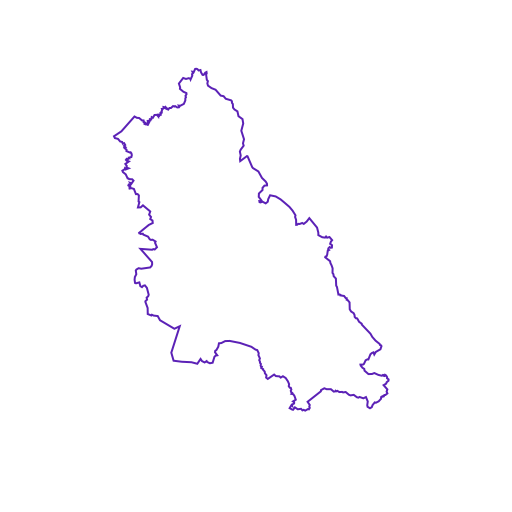 Nochistlán de Mejía, Zacatecas, Mexico (Albers equal-area conic projection), rotated 121°
{"feature_id": "50627088B22182253639987", "entity_name": "Nochistlán de Mejía", "entity_type": "district", "adm_level": 2, "iso_a3": "MEX", "parent_name": "Mexico", "parent_adm1": "Zacatecas", "projection": "albers", "projection_center": [-102.872, 21.436], "detail": "fine", "context": "isolated", "style": "outline", "palette": "violet", "viewbox_px": 512, "rotation_deg": 121, "n_neighbors": 0, "source": "geoboundaries", "source_scale": "gbopen_adm2", "svg_char_len": 6111}
<svg xmlns="http://www.w3.org/2000/svg" viewBox="0 0 512 512"><g transform="rotate(121 256 256)"><path d="M360.5,305.2L360.4,288.5L355.5,285.2L382.5,278.8L388.2,272.7L384.9,265.2L380.3,256.6L378.6,250.8L372.8,250.5L373.9,248.2L373.7,245.2L371.5,244.2L372.0,243.4L371.7,240.3L369.8,238.2L363.8,239.7L362.2,239.3L361.1,238.1L359.6,241.6L358.2,242.1L357.0,241.5L353.2,241.6L349.9,242.8L348.5,240.9L344.8,238.6L342.3,234.7L338.8,225.0L336.2,213.2L336.5,208.2L336.0,206.5L337.9,203.6L339.7,202.9L341.8,199.9L343.6,199.6L344.5,198.2L345.5,197.6L346.0,196.2L347.4,195.7L348.4,194.5L348.1,194.0L349.3,193.8L349.3,191.7L349.8,191.5L350.6,189.0L351.9,188.0L352.8,185.6L355.0,184.7L355.3,182.6L348.3,179.4L348.7,177.1L347.1,173.9L347.5,172.2L345.2,171.0L345.3,167.7L347.0,164.1L348.8,161.6L350.7,160.9L351.5,159.2L351.1,158.3L352.3,156.9L353.6,156.8L354.5,155.9L354.7,154.5L355.9,154.6L355.3,152.8L356.2,150.9L358.7,147.9L361.6,149.4L361.7,148.0L362.8,147.4L364.8,148.6L365.7,147.9L365.5,148.8L369.1,148.8L369.0,145.8L368.7,145.0L365.7,144.7L365.9,141.3L363.8,138.7L364.4,136.7L363.3,135.9L363.2,134.2L360.4,132.6L360.2,131.7L358.5,131.7L357.8,132.7L356.0,133.2L354.4,136.7L338.6,130.7L337.5,131.2L334.2,129.3L333.8,126.8L331.6,123.2L332.2,119.5L331.1,118.2L330.5,118.3L330.5,117.3L329.7,116.8L329.7,114.5L328.1,112.1L328.1,111.1L326.4,109.1L327.1,104.8L326.8,103.2L324.7,100.7L325.1,96.7L324.7,95.3L323.5,94.6L322.7,90.7L320.3,89.1L323.1,85.3L326.6,83.8L327.8,82.7L327.8,79.9L326.0,78.9L323.7,79.3L320.3,78.8L320.1,77.7L317.4,76.0L313.9,75.3L312.5,76.1L311.7,75.8L311.4,74.9L310.6,75.0L310.3,74.2L309.1,74.4L308.5,73.5L306.1,72.6L305.0,74.2L302.7,74.7L301.0,80.1L298.4,78.7L296.9,79.0L294.7,78.2L293.5,78.8L293.3,80.7L292.3,81.2L291.4,83.0L291.4,84.2L292.7,84.0L292.9,84.5L292.3,85.2L292.5,85.9L293.8,86.4L294.9,89.9L295.4,94.3L297.4,95.8L299.3,98.8L298.4,103.9L297.0,105.1L297.0,107.1L296.0,109.8L295.3,110.5L294.0,108.4L293.0,107.9L288.9,108.3L287.1,107.2L286.8,106.4L281.3,107.3L279.5,106.7L278.1,105.7L279.5,103.9L276.5,103.9L271.9,101.3L268.7,102.0L268.2,102.6L268.4,103.9L267.7,104.7L267.0,109.9L265.5,114.6L263.7,117.8L260.3,130.0L259.6,130.5L259.3,133.8L257.7,136.5L257.4,137.5L257.9,138.3L257.4,140.0L255.8,141.2L254.7,142.9L254.6,145.9L253.4,148.2L247.6,151.9L246.5,155.0L246.8,155.7L245.5,156.5L245.9,157.4L244.9,159.9L246.3,163.4L245.8,163.7L246.0,164.8L246.6,165.5L240.9,170.6L240.1,172.0L234.2,175.9L233.3,179.0L231.7,180.3L231.1,181.7L227.1,184.0L225.1,186.4L223.7,188.6L222.3,189.8L221.5,196.0L220.8,196.2L219.7,195.4L218.1,195.7L214.6,197.2L213.3,196.5L213.2,197.5L212.2,197.9L210.4,197.5L210.5,196.2L209.7,195.3L207.6,196.4L207.4,198.7L205.1,199.2L203.2,198.9L201.9,202.8L203.7,204.5L203.2,206.0L204.7,206.3L205.8,208.9L206.0,213.3L203.9,214.6L200.2,218.3L196.1,229.8L200.4,230.3L203.9,231.6L203.9,233.4L206.1,235.1L206.7,236.4L208.0,236.8L208.6,237.6L204.3,240.3L202.4,242.6L200.8,243.1L198.3,248.0L196.7,252.6L195.5,259.6L194.8,264.1L194.8,269.8L196.7,275.2L201.0,274.8L203.4,273.9L205.9,274.8L206.1,278.3L207.8,279.8L208.0,280.7L207.2,281.4L206.6,280.0L205.6,279.9L203.9,284.1L200.9,285.7L196.1,284.4L194.2,285.5L191.3,285.0L189.8,282.9L188.4,283.8L187.2,286.0L186.0,291.1L182.3,297.5L182.2,303.9L181.8,305.0L174.9,314.6L175.0,315.2L182.8,318.4L181.0,319.8L177.7,320.9L174.8,323.6L172.7,323.9L167.8,323.4L166.1,325.2L162.1,326.4L156.2,333.1L149.0,335.2L145.6,338.1L145.2,343.0L141.6,346.4L141.5,349.9L140.7,352.1L137.7,354.1L137.1,355.5L135.8,356.3L135.4,357.5L136.8,362.9L135.7,366.1L136.7,368.9L134.3,376.3L135.0,380.6L134.7,384.9L133.1,386.6L130.9,387.3L130.3,388.9L126.2,392.2L124.9,392.3L123.8,393.2L124.9,393.9L127.8,394.2L128.3,395.1L126.9,397.7L125.2,399.4L126.5,400.7L126.0,402.5L126.3,403.7L127.0,404.5L130.3,404.1L130.8,405.4L131.7,404.1L133.1,404.5L134.2,403.5L138.4,403.0L137.9,403.6L138.2,405.2L140.3,407.2L140.9,410.1L147.9,410.9L150.5,407.9L151.9,407.3L152.6,402.8L152.2,399.6L153.1,398.9L155.1,398.9L156.0,397.8L157.2,397.8L159.1,396.7L162.8,396.2L166.2,398.3L166.8,399.6L167.3,398.6L168.2,398.6L169.2,400.0L169.2,402.6L169.9,402.9L170.2,404.3L172.9,405.1L173.7,406.4L175.7,406.7L175.1,409.5L176.0,408.9L176.1,410.1L175.5,410.9L175.9,412.0L176.6,411.4L177.8,411.6L178.4,412.4L179.0,411.7L181.2,411.4L181.0,411.0L181.7,410.6L182.7,411.4L182.9,410.9L184.1,410.4L184.8,411.9L185.3,411.1L185.8,411.1L186.0,412.1L186.7,411.7L186.0,413.6L187.4,415.6L190.6,415.6L190.7,416.9L192.7,416.2L193.3,417.3L194.2,416.5L196.0,418.4L197.2,417.4L196.0,417.2L196.0,416.5L200.2,416.2L198.3,416.9L200.0,418.3L200.2,419.5L199.6,419.6L199.3,420.6L198.8,420.0L198.7,421.3L197.7,422.2L198.5,423.4L197.9,427.3L198.9,429.2L199.0,432.0L218.5,435.6L226.5,439.4L227.6,437.7L226.7,434.6L227.8,431.4L227.2,429.5L228.3,428.0L227.2,427.2L228.2,425.3L229.5,425.8L229.7,424.9L230.5,424.9L230.2,423.7L231.3,423.9L231.5,421.8L232.8,421.1L232.2,417.0L231.7,416.8L232.2,415.6L233.5,414.4L235.4,413.8L237.1,415.6L237.6,415.0L237.9,415.6L239.0,415.6L239.3,416.9L240.6,417.0L241.0,415.7L240.5,413.7L244.4,415.4L245.4,413.1L246.9,412.8L246.5,410.4L249.0,412.3L248.6,413.4L249.2,413.2L251.7,414.5L252.6,413.3L253.1,409.7L255.6,406.0L255.2,405.2L255.5,404.4L254.0,401.6L254.5,399.8L257.7,400.0L258.1,401.6L258.9,400.1L259.7,400.2L260.3,401.9L261.3,401.7L261.5,399.5L262.8,399.6L263.3,399.1L262.0,397.7L261.4,395.2L264.8,390.8L263.9,389.4L264.4,387.6L269.8,384.7L269.9,383.7L275.2,382.2L273.7,379.9L270.8,379.0L272.3,369.6L275.6,368.9L276.6,366.1L278.8,365.7L278.9,363.0L280.9,361.5L284.6,363.9L297.1,368.4L296.3,367.5L296.6,366.4L295.2,364.5L295.7,363.6L295.0,358.5L296.4,355.7L296.3,354.3L295.3,353.1L295.3,349.5L296.7,349.3L299.5,345.4L302.6,346.2L303.0,347.6L304.1,348.2L309.4,358.7L314.7,342.0L316.5,340.8L318.1,340.4L320.3,340.8L326.0,347.8L326.9,350.3L329.1,351.5L330.3,351.6L333.3,349.2L336.4,349.0L338.8,347.9L341.4,345.8L341.2,344.8L338.7,342.4L341.4,339.6L341.4,337.7L339.6,337.3L338.4,336.1L339.5,333.1L344.5,328.0L346.1,327.7L348.0,328.3L349.5,326.9L351.7,327.5L352.3,327.2L356.4,322.1L361.5,318.9L360.9,315.1L360.0,315.0L359.8,313.1L358.1,309.3L360.5,305.2Z" fill="none" stroke="#5b21b6" stroke-width="2"/></g></svg>